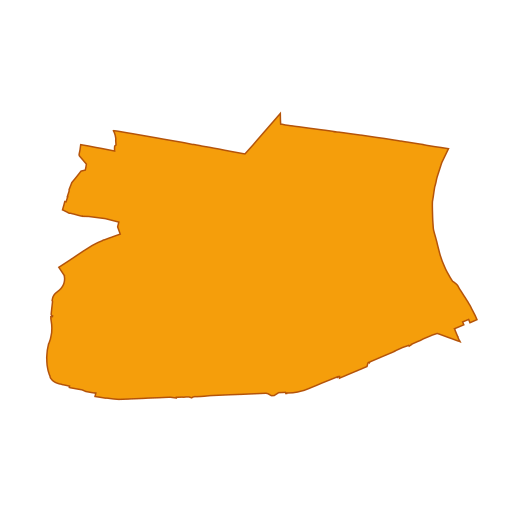 the district of Nieuwegein, Utrecht, Netherlands, rotated 266°
{"feature_id": "6326949B74966835804561", "entity_name": "Nieuwegein", "entity_type": "district", "adm_level": 2, "iso_a3": "NLD", "parent_name": "Netherlands", "parent_adm1": "Utrecht", "projection": "orthographic", "projection_center": [5.098, 52.03], "detail": "fine", "context": "isolated", "style": "filled", "palette": "amber", "viewbox_px": 512, "rotation_deg": 266, "n_neighbors": 0, "source": "geoboundaries", "source_scale": "gbopen_adm2", "svg_char_len": 5843}
<svg xmlns="http://www.w3.org/2000/svg" viewBox="0 0 512 512"><g transform="rotate(266 256 256)"><path d="M379.3,88.9L373.9,87.8L370.8,86.9L369.6,86.6L368.4,86.7L367.5,87.3L359.5,93.2L356.8,92.6L353.6,91.7L352.9,87.4L347.6,82.6L342.1,77.4L336.2,74.6L335.4,74.2L333.8,74.1L328.3,71.9L328.2,72.3L323.3,70.3L323.7,69.1L323.2,68.9L320.8,68.1L317.5,66.9L315.5,66.2L314.9,67.4L314.2,68.5L313.1,70.4L312.3,71.6L311.8,72.4L311.6,73.2L311.6,73.8L311.6,74.0L311.1,75.3L310.6,77.0L309.1,81.2L308.1,84.2L308.0,84.6L308.0,85.4L307.9,85.4L307.7,85.5L307.1,91.9L305.6,99.3L303.8,108.3L300.7,117.6L299.4,121.5L294.7,120.0L287.3,122.1L285.7,116.3L285.2,114.5L284.7,113.0L284.6,112.4L284.1,110.6L283.1,107.3L282.7,106.0L282.6,105.0L282.1,103.8L281.9,103.6L281.5,102.3L280.7,99.9L279.9,97.9L277.9,93.3L273.3,84.7L270.4,79.6L264.2,68.8L258.5,58.5L249.7,63.5L249.5,63.3L249.1,63.4L246.9,63.5L245.2,63.3L243.4,62.9L241.7,62.3L240.0,61.4L238.5,60.3L237.1,59.1L235.7,57.5L233.2,53.9L232.4,52.9L231.1,51.7L230.7,51.5L229.7,50.8L228.3,50.2L225.8,49.5L225.2,49.8L224.4,49.8L217.9,48.6L212.2,47.6L211.6,47.7L210.8,48.2L210.5,48.9L209.7,48.7L209.8,47.1L207.5,47.0L201.8,47.4L198.2,47.3L193.8,46.8L190.3,45.9L187.2,45.0L183.7,43.5L182.5,42.8L182.1,42.8L180.5,42.3L179.0,41.9L177.5,41.5L176.9,41.3L175.7,41.1L175.1,41.0L174.5,40.9L172.6,40.6L169.0,40.1L167.6,40.1L166.9,40.1L165.9,40.0L163.0,40.0L161.8,40.0L159.6,40.2L157.8,40.4L157.1,40.5L156.2,40.6L154.0,41.1L153.3,41.3L152.3,41.5L150.6,42.1L149.8,42.2L149.1,42.3L148.8,42.4L147.7,43.1L146.7,43.8L146.2,44.2L145.3,45.1L144.9,45.6L144.6,46.1L144.4,46.3L143.8,47.2L143.1,48.6L142.6,49.8L142.3,50.5L142.0,51.4L141.8,52.5L141.2,53.8L140.9,55.1L139.6,59.5L139.4,60.2L139.2,60.9L138.7,60.7L137.9,60.6L137.5,61.7L136.0,67.6L134.6,73.2L132.7,76.8L131.9,79.9L131.2,82.6L130.5,85.7L130.7,85.8L130.5,86.7L127.1,85.6L125.6,92.1L124.7,95.9L124.7,96.2L124.6,97.4L124.6,97.6L123.9,101.0L123.4,103.5L123.1,105.3L122.6,108.6L122.5,110.0L122.4,112.8L122.3,116.2L122.2,118.5L122.2,120.6L122.0,127.0L121.8,134.0L121.8,137.9L121.4,149.6L121.2,158.5L121.1,160.9L120.8,162.2L120.0,166.1L119.9,166.6L120.6,166.6L120.4,172.2L120.4,172.5L120.2,173.6L120.2,174.6L120.3,176.5L120.2,177.7L120.1,179.3L119.0,181.9L119.8,183.5L119.9,184.6L120.0,184.8L119.8,187.4L119.7,191.2L119.7,194.4L119.9,200.3L119.9,201.2L119.4,220.8L119.2,226.3L119.2,226.7L119.1,229.8L119.0,231.6L119.0,232.4L118.9,236.9L118.4,256.4L117.8,258.3L115.6,261.6L115.5,264.3L118.1,269.1L117.9,275.9L116.7,276.2L116.7,277.0L117.2,277.0L117.1,279.0L117.0,283.4L117.1,284.4L117.4,288.0L117.9,290.6L118.6,294.6L120.2,299.8L121.0,302.1L122.7,307.3L124.6,312.7L127.2,320.8L127.8,322.6L129.9,329.1L129.3,329.0L129.7,329.9L130.0,330.9L129.4,330.9L128.3,330.8L128.8,332.1L130.0,335.7L131.2,339.1L135.5,351.7L135.6,352.2L136.7,355.2L138.0,359.0L138.4,359.1L139.1,359.4L141.0,360.0L141.9,360.6L142.1,361.4L141.6,361.6L142.1,362.0L142.5,362.6L142.9,363.6L146.6,374.2L150.5,385.6L151.2,387.6L151.4,387.5L154.5,395.8L155.5,399.6L156.2,402.1L155.4,402.5L155.6,402.8L156.8,405.0L157.1,404.9L159.4,411.3L160.3,414.1L161.7,417.2L164.3,424.9L164.7,425.9L165.0,427.0L166.1,431.3L165.3,433.4L161.4,442.0L159.8,445.7L159.7,445.9L158.7,448.1L157.2,451.4L156.8,452.6L156.3,453.6L157.1,453.3L157.8,452.9L158.9,452.4L159.5,452.2L160.5,451.9L161.0,451.8L161.4,451.8L161.5,451.6L168.0,449.4L168.9,449.3L169.6,448.9L169.9,449.8L170.9,452.8L172.9,458.5L175.8,457.5L177.9,463.7L174.5,464.8L177.1,472.0L181.3,470.5L186.4,468.3L188.4,467.4L190.7,466.5L193.0,465.4L193.8,464.9L195.0,464.4L198.1,462.7L198.5,462.5L199.1,462.2L200.9,461.2L201.2,461.0L206.2,458.3L207.8,457.4L208.6,456.9L212.5,455.1L212.9,454.8L213.2,454.6L214.2,453.7L214.7,453.2L215.3,452.5L215.9,451.9L217.1,450.3L221.0,448.2L224.4,446.6L226.7,445.5L229.5,444.3L232.6,443.2L235.5,442.2L238.2,441.3L240.5,440.7L243.9,439.8L245.9,439.4L254.1,437.9L257.2,437.4L261.8,436.5L266.5,435.5L267.6,435.3L269.2,435.0L270.0,434.9L271.4,434.8L274.6,434.8L279.0,434.8L282.5,434.9L289.5,435.2L293.3,435.4L294.9,435.5L295.7,435.6L296.2,435.6L297.8,435.8L298.5,435.9L299.2,436.1L303.0,437.0L307.3,437.9L312.5,439.1L314.3,439.8L317.1,440.7L319.7,441.4L321.9,442.1L334.9,447.3L336.5,448.0L348.4,454.8L349.6,455.5L351.5,447.4L351.6,446.8L352.7,441.6L354.6,433.5L354.8,432.9L354.9,432.6L354.9,432.3L355.1,431.8L355.2,431.4L355.4,430.6L355.5,430.6L355.6,430.3L355.7,429.9L356.4,426.6L358.2,418.8L359.2,414.5L359.3,413.8L359.8,411.7L360.6,408.5L360.5,408.2L360.6,407.9L361.2,405.6L362.1,401.6L364.4,391.8L365.6,385.9L366.0,384.0L366.4,382.2L369.2,369.6L369.3,368.8L369.5,367.8L371.9,356.3L373.0,351.2L373.4,349.1L373.7,347.8L374.3,343.4L374.5,343.6L375.7,338.2L376.6,333.9L377.7,328.2L378.9,322.4L379.6,318.9L380.8,313.2L382.0,307.5L382.2,306.3L382.5,304.7L382.8,303.3L383.2,301.6L383.7,298.8L384.1,297.2L384.3,296.0L384.5,295.2L384.6,294.5L384.8,293.9L385.2,292.6L385.4,292.0L385.6,291.3L385.8,289.8L386.7,289.8L390.6,289.9L396.5,290.2L371.5,265.2L366.8,260.6L361.2,254.8L358.6,252.1L359.1,249.9L360.6,244.1L360.9,242.9L362.0,238.6L362.7,235.9L362.8,235.6L363.1,234.5L363.5,232.8L363.9,231.4L365.3,226.5L366.3,222.4L366.5,221.5L367.5,217.9L368.1,215.4L368.4,214.2L368.5,213.8L368.7,212.7L368.8,212.4L369.5,209.4L369.9,208.3L370.6,205.6L371.0,203.9L371.3,203.0L371.7,201.2L371.6,200.9L372.0,199.4L373.7,193.4L374.6,190.0L379.1,171.5L380.8,164.9L382.3,158.8L383.3,154.8L384.9,148.3L386.6,141.5L387.8,136.4L390.2,126.7L391.0,122.7L390.9,122.5L389.0,123.3L388.1,123.5L387.0,123.8L386.0,124.0L385.1,124.1L383.4,124.3L382.4,124.3L380.9,124.1L379.7,124.1L378.6,124.1L377.2,124.1L376.8,124.1L376.5,124.0L376.3,123.9L376.2,123.7L375.9,123.1L375.4,122.7L374.3,122.5L372.4,122.3L370.6,122.3L370.7,122.0L370.9,121.0L371.0,120.7L374.0,109.7L374.7,106.9L375.2,104.8L375.6,103.3L377.5,96.3L378.7,91.3L379.1,89.8L379.3,88.9Z" fill="#f59e0b" stroke="#b45309" stroke-width="1.5"/></g></svg>